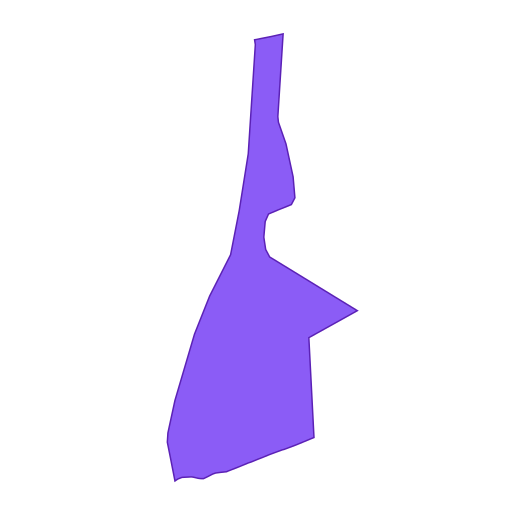 the district of Nakhl, Shamal Sina', Egypt, rotated 87°
{"feature_id": "37247803B50825531526089", "entity_name": "Nakhl", "entity_type": "district", "adm_level": 2, "iso_a3": "EGY", "parent_name": "Egypt", "parent_adm1": "Shamal Sina'", "projection": "albers", "projection_center": [34.247, 29.91], "detail": "fine", "context": "isolated", "style": "filled", "palette": "violet", "viewbox_px": 512, "rotation_deg": 87, "n_neighbors": 0, "source": "geoboundaries", "source_scale": "gbopen_adm2", "svg_char_len": 861}
<svg xmlns="http://www.w3.org/2000/svg" viewBox="0 0 512 512"><g transform="rotate(87 256 256)"><path d="M40.0,246.1L44.9,245.6L153.6,258.4L209.9,270.4L253.4,281.3L284.4,299.1L293.6,304.4L330.8,321.5L396.0,344.5L428.0,353.2L437.3,354.3L452.4,352.1L476.4,348.7L474.6,345.7L473.2,341.5L473.2,338.6L473.2,334.8L473.2,332.0L473.6,330.1L475.0,325.2L475.4,323.0L475.6,320.1L473.8,315.8L471.5,310.7L470.6,307.7L470.2,302.4L469.9,296.7L469.2,294.9L465.6,284.0L462.3,274.7L461.4,271.4L459.2,265.2L457.8,260.9L455.1,253.2L453.5,248.1L451.0,240.0L450.6,238.0L446.7,225.7L441.8,211.9L440.3,207.6L340.3,207.5L315.9,157.7L257.7,242.4L250.0,246.0L237.6,247.2L229.8,246.1L222.0,245.0L214.7,241.3L211.1,231.4L206.5,218.0L199.9,214.1L178.9,214.8L145.6,220.2L123.6,226.6L118.0,226.9L35.6,217.3L37.6,229.2L40.0,246.1Z" fill="#8b5cf6" stroke="#5b21b6" stroke-width="1.5"/></g></svg>